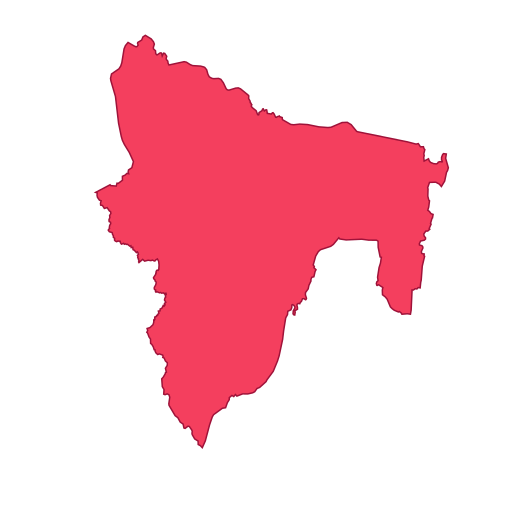 the district of Bueng Na Rang, Phichit, Thailand, rotated 10°
{"feature_id": "78962969B60737271692218", "entity_name": "Bueng Na Rang", "entity_type": "district", "adm_level": 2, "iso_a3": "THA", "parent_name": "Thailand", "parent_adm1": "Phichit", "projection": "equal_earth", "projection_center": [100.12, 16.173], "detail": "fine", "context": "isolated", "style": "filled", "palette": "rose", "viewbox_px": 512, "rotation_deg": 10, "n_neighbors": 0, "source": "geoboundaries", "source_scale": "gbopen_adm2", "svg_char_len": 6076}
<svg xmlns="http://www.w3.org/2000/svg" viewBox="0 0 512 512"><g transform="rotate(10 256 256)"><path d="M213.4,434.2L214.9,437.9L216.1,438.1L218.6,435.4L220.0,435.5L223.1,438.7L223.7,440.0L223.7,441.6L224.2,443.0L227.4,446.8L231.1,448.3L231.8,451.7L234.1,452.4L236.4,454.1L238.2,446.9L239.6,430.3L240.9,422.0L241.8,419.6L249.3,411.8L252.4,410.7L253.3,405.3L254.6,402.2L254.3,400.1L256.5,397.5L258.5,398.3L259.8,396.0L261.5,397.3L266.8,394.1L272.0,393.2L276.5,391.3L278.3,389.9L280.0,386.3L282.4,384.8L287.7,378.0L288.3,376.0L293.0,366.6L295.4,355.7L296.1,350.4L296.7,333.6L296.2,325.0L296.0,311.8L297.2,308.2L296.9,304.9L299.7,303.0L300.2,300.6L299.8,298.0L300.6,297.5L302.0,298.1L303.1,299.4L303.3,300.4L302.2,303.6L302.5,306.5L303.5,307.4L304.4,307.4L304.4,304.7L303.8,303.2L306.1,301.2L305.7,299.2L304.8,297.2L304.9,296.3L305.8,295.4L307.4,295.4L307.7,294.0L308.6,292.9L309.2,290.0L310.8,289.7L312.3,290.5L312.8,290.2L313.1,288.9L311.4,285.7L311.1,283.4L313.1,279.3L313.2,275.7L314.5,271.0L314.1,270.0L314.6,267.3L316.6,266.4L316.9,260.9L317.5,259.1L315.1,257.5L315.3,256.2L313.9,254.9L314.8,245.7L316.6,240.9L318.4,238.6L327.9,233.5L330.2,231.1L334.4,223.7L335.5,224.7L342.0,224.5L357.2,221.1L364.3,220.8L371.8,219.5L373.2,219.9L373.7,220.5L374.8,226.2L378.4,235.4L379.7,235.5L379.8,241.5L379.2,246.0L379.4,255.8L380.5,259.1L379.5,260.4L379.3,262.2L380.0,263.8L380.4,264.0L381.7,263.0L386.4,265.0L386.3,267.6L387.3,272.2L390.5,273.9L392.7,275.8L397.2,282.8L399.2,284.2L401.5,285.4L405.0,286.2L406.0,286.4L406.8,285.8L408.9,286.9L409.8,288.0L415.1,286.6L418.2,286.5L418.2,282.5L415.6,262.3L417.0,262.1L418.4,260.6L420.2,260.5L421.2,258.9L423.2,258.9L422.8,253.4L422.9,251.1L421.5,237.1L422.1,227.0L421.4,226.6L421.3,224.8L419.1,224.8L418.5,224.3L418.1,222.6L419.0,219.1L418.6,217.9L417.6,217.0L415.1,216.8L414.7,215.6L415.5,212.7L419.0,211.2L420.0,209.9L419.8,208.6L418.1,207.1L417.4,205.2L418.9,202.0L420.8,201.6L422.5,199.5L421.8,198.8L422.9,194.2L422.2,193.6L422.8,188.2L423.2,187.9L423.2,184.3L421.0,183.9L419.0,182.0L417.2,181.1L417.6,177.8L417.3,171.5L416.4,170.9L414.8,167.2L413.8,160.2L413.2,158.9L414.1,153.4L420.2,152.1L424.1,153.4L426.5,155.4L428.8,149.5L429.1,140.5L429.8,138.7L430.1,135.7L425.8,126.9L425.7,122.5L422.9,122.6L422.2,123.6L421.6,126.6L422.0,129.0L423.0,130.4L422.9,131.0L420.8,131.1L419.2,131.9L418.7,133.3L417.5,134.0L414.8,134.2L411.6,133.5L410.0,132.1L409.0,130.3L405.1,133.3L404.1,129.9L404.2,127.9L403.5,126.2L403.8,121.9L402.8,121.1L401.9,119.3L399.0,119.9L396.3,117.1L394.2,118.0L385.3,117.3L334.8,116.0L333.5,115.8L326.9,110.1L322.6,108.5L317.6,109.6L307.5,116.2L304.5,117.0L295.5,117.9L284.0,117.6L276.2,118.5L270.4,120.2L267.4,120.4L258.8,117.3L258.2,116.8L257.8,115.1L254.9,114.6L254.7,114.1L252.6,115.2L252.1,115.9L251.2,115.9L249.2,113.0L247.9,111.9L247.3,112.1L246.4,113.5L242.4,113.6L241.2,110.3L240.5,110.2L239.0,111.7L237.6,109.8L237.0,110.1L236.6,111.9L234.1,114.2L234.2,116.4L233.6,116.7L233.0,116.4L230.9,112.9L226.4,110.4L225.3,109.2L225.6,107.7L225.0,107.4L224.6,106.4L223.7,106.0L223.3,104.5L221.4,102.2L221.1,99.6L220.7,99.1L211.8,94.1L209.4,93.5L206.8,94.2L200.5,97.4L198.8,97.3L197.6,96.5L193.8,91.1L190.7,88.1L188.3,87.6L183.6,88.7L181.7,88.7L178.9,87.7L177.1,85.4L175.1,81.2L172.8,79.2L171.8,78.9L168.5,78.6L160.5,79.5L157.9,78.9L153.8,77.2L151.5,77.1L137.1,83.0L135.9,81.3L135.3,79.4L133.6,78.0L133.2,77.1L133.4,74.8L130.9,72.3L129.7,72.3L128.9,75.3L127.8,72.8L127.2,72.4L126.1,72.8L123.9,75.0L123.3,75.1L122.1,74.1L121.4,71.3L119.1,69.9L118.7,68.4L119.1,65.0L117.8,62.8L115.1,60.4L108.7,57.9L106.6,59.9L105.9,63.2L102.5,66.2L102.4,67.1L103.3,68.8L102.5,70.4L101.5,70.8L99.8,70.4L92.9,67.9L90.9,71.4L90.1,74.9L90.3,88.9L89.8,92.4L88.5,95.5L82.1,101.8L81.9,106.4L82.7,108.7L89.9,123.3L97.6,149.1L102.5,161.5L104.3,165.2L107.0,169.0L113.2,176.0L118.9,184.3L118.4,190.6L115.5,193.4L115.5,195.5L116.3,197.1L114.5,197.1L113.0,199.1L110.6,200.7L111.3,204.6L107.7,208.4L106.5,208.4L106.2,211.4L100.6,211.9L99.9,211.2L87.0,221.2L88.7,221.5L88.9,223.8L89.7,225.8L92.1,228.2L93.9,228.5L93.7,231.1L94.2,232.9L96.0,232.9L98.4,235.5L101.0,234.2L103.8,237.1L105.1,237.6L105.7,239.3L104.8,241.6L105.4,243.4L104.9,245.9L105.4,247.6L106.9,248.0L107.3,249.4L106.6,251.2L106.6,253.4L107.0,254.3L106.1,255.6L106.1,256.4L107.4,257.6L110.3,257.9L111.0,259.7L112.0,260.8L112.3,262.4L113.7,263.1L113.9,264.9L114.8,265.7L116.3,266.1L117.4,265.3L119.7,265.1L120.1,266.4L121.4,267.7L123.5,266.5L124.3,267.3L125.5,266.7L126.4,267.1L127.5,266.8L130.0,268.2L131.0,267.6L131.6,269.4L133.1,268.8L133.8,271.1L135.2,271.5L137.6,273.4L138.4,272.5L139.0,273.0L139.9,274.9L139.1,276.0L139.9,277.2L139.8,278.3L140.7,278.9L140.8,279.9L141.7,281.1L141.4,282.2L141.9,282.8L145.0,279.0L147.2,280.4L150.5,278.9L153.3,278.8L154.8,278.0L156.7,278.6L157.7,278.1L157.9,277.3L159.4,276.0L161.1,278.2L162.1,281.7L162.6,286.3L162.1,287.2L161.2,287.0L160.6,287.6L160.3,289.1L160.7,289.9L160.3,290.3L160.4,291.4L158.8,295.1L159.2,296.1L160.8,297.3L161.0,298.2L161.9,298.7L162.4,299.8L162.2,301.9L161.3,304.6L161.5,306.0L162.0,306.7L163.1,306.9L163.2,308.5L163.8,309.0L164.6,308.4L167.5,309.0L168.3,308.5L169.4,309.0L171.4,308.4L172.7,309.4L173.0,308.6L173.8,308.3L174.3,309.4L173.6,310.9L174.2,312.1L173.6,313.2L173.5,315.2L175.2,317.2L174.1,318.6L174.8,319.6L174.7,320.5L174.2,321.3L173.7,320.5L173.3,320.6L172.4,323.7L170.8,324.9L171.1,326.6L169.4,327.2L170.3,329.3L169.4,330.5L169.4,331.4L168.4,331.8L168.5,332.8L166.9,333.7L167.4,336.1L167.1,336.7L166.6,336.4L166.4,336.7L166.8,338.8L166.5,341.5L164.0,344.9L161.3,346.3L162.3,348.2L161.7,350.1L162.6,350.7L164.7,354.3L166.5,356.1L167.4,360.4L168.7,361.1L170.6,363.3L172.0,366.0L172.8,365.9L173.3,367.5L174.4,368.9L176.3,370.1L177.8,369.2L181.3,369.8L181.9,370.9L181.8,372.1L183.2,372.4L185.0,375.1L187.2,376.5L187.6,379.1L186.3,382.3L187.9,386.0L187.1,386.5L187.1,387.6L185.7,391.4L184.5,393.3L186.4,400.9L188.6,403.5L189.1,408.1L190.5,408.4L192.5,407.2L194.4,407.8L195.6,410.1L195.8,416.6L196.3,418.2L204.1,427.3L207.1,428.8L210.2,432.7L213.4,434.2Z" fill="#f43f5e" stroke="#9f1239" stroke-width="1.5"/></g></svg>